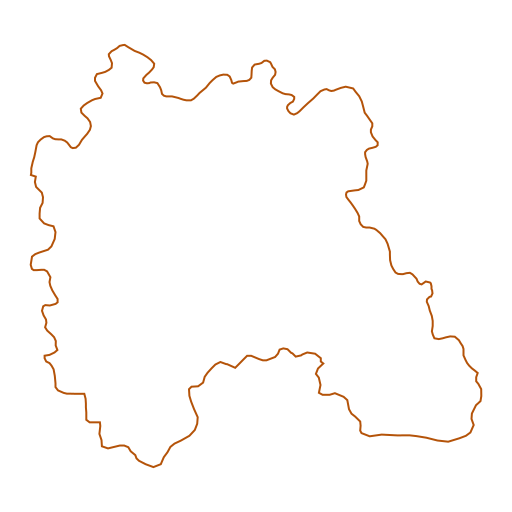 Salihorsk, Minsk, Belarus (Albers equal-area conic projection)
{"feature_id": "67162791B12460087089540", "entity_name": "Salihorsk", "entity_type": "district", "adm_level": 2, "iso_a3": "BLR", "parent_name": "Belarus", "parent_adm1": "Minsk", "projection": "albers", "projection_center": [27.47, 52.67], "detail": "fine", "context": "isolated", "style": "outline", "palette": "amber", "viewbox_px": 512, "rotation_deg": 0, "n_neighbors": 0, "source": "geoboundaries", "source_scale": "gbopen_adm2", "svg_char_len": 5279}
<svg xmlns="http://www.w3.org/2000/svg" viewBox="0 0 512 512"><path d="M477.7,373.0L474.7,370.5L471.8,368.3L469.1,365.6L467.1,363.0L465.6,360.1L463.5,355.4L463.5,351.7L463.5,349.0L462.6,346.1L460.6,343.1L458.9,340.2L454.8,336.7L450.2,336.4L445.7,337.4L442.7,338.3L438.8,339.1L434.4,338.3L432.8,334.6L431.9,331.3L432.7,326.0L432.7,320.9L431.8,315.9L429.8,310.6L428.7,306.1L426.8,301.8L427.0,299.4L429.5,296.9L431.1,296.5L432.5,293.4L432.1,290.3L431.5,288.9L431.5,286.2L430.8,283.3L430.0,282.5L425.7,281.5L423.9,282.8L421.6,284.4L419.6,283.8L417.7,281.6L416.5,278.7L415.0,277.1L412.5,274.4L409.9,272.8L406.4,273.2L403.1,274.1L400.8,274.1L398.0,273.9L395.5,272.5L393.2,269.0L391.4,265.5L390.1,260.2L389.9,254.7L389.9,251.6L387.6,243.8L385.5,239.3L382.6,236.0L380.2,233.2L376.3,229.9L374.4,228.7L369.5,227.5L366.0,227.5L363.2,226.9L360.7,224.3L359.2,221.0L359.2,216.5L357.6,213.0L355.1,208.9L353.0,205.8L350.7,202.6L348.4,199.7L346.4,197.0L346.0,194.5L346.5,192.5L348.2,191.3L354.6,190.4L358.4,190.0L363.8,187.4L364.8,184.9L366.3,180.7L366.3,175.6L366.3,170.5L367.7,163.8L367.2,161.4L365.6,157.0L365.1,154.1L365.1,152.2L366.9,149.9L369.0,148.6L372.5,147.8L375.8,146.8L377.6,145.3L377.7,142.3L375.6,140.2L372.6,136.5L370.9,132.3L370.9,129.6L372.3,126.3L372.3,123.3L369.7,119.6L367.0,115.7L364.7,112.7L363.1,106.4L361.8,101.5L359.2,96.2L355.5,91.7L353.2,88.5L352.1,88.2L345.7,86.7L340.8,87.9L335.7,89.8L333.9,90.6L331.3,91.0L329.2,90.4L326.6,89.1L324.4,89.5L320.5,91.2L317.2,94.5L313.3,98.5L308.0,103.1L303.5,107.3L299.5,111.3L297.1,113.2L293.9,114.6L290.5,113.3L288.5,111.2L287.1,108.5L287.1,106.9L287.9,105.2L290.3,103.0L292.9,101.6L294.2,98.9L294.2,96.9L291.6,95.0L289.0,94.4L285.4,94.1L282.7,93.3L278.4,91.1L275.2,89.3L272.7,87.2L270.9,83.6L271.1,80.3L272.7,77.7L275.1,74.8L275.6,72.0L274.9,69.3L272.5,66.9L271.1,63.8L270.2,62.2L266.8,60.6L264.3,60.8L261.5,63.0L259.0,63.8L256.6,64.2L254.6,64.6L252.1,67.5L251.7,70.8L251.5,75.0L251.3,77.7L249.3,79.9L246.8,80.9L243.2,81.1L238.3,81.6L236.4,82.4L233.2,83.6L232.0,82.8L231.3,80.1L229.7,76.5L227.3,74.8L223.4,74.6L219.9,75.4L216.3,76.9L212.6,80.1L209.7,83.0L205.9,87.7L199.5,93.0L197.3,95.4L193.8,98.7L191.0,100.3L186.3,100.3L183.4,99.7L180.6,98.8L178.5,98.0L174.5,97.0L172.0,96.4L169.0,96.4L166.3,96.4L163.9,95.7L162.0,93.9L161.2,90.2L160.0,87.2L157.4,83.1L154.1,82.3L150.6,82.5L149.2,83.1L147.0,83.3L144.5,82.7L143.1,80.6L143.3,78.4L146.4,74.9L149.2,72.5L152.1,69.4L153.7,67.2L154.2,63.7L151.1,60.1L147.4,57.2L143.0,54.5L139.3,52.7L134.6,50.9L131.4,49.0L128.3,47.2L124.7,44.9L122.9,45.1L119.6,45.9L117.1,48.1L114.3,49.8L111.6,51.2L108.8,54.2L108.8,54.3L109.0,56.3L110.8,60.1L112.0,63.2L111.6,67.7L108.9,69.9L105.2,71.9L101.8,72.9L96.9,74.1L95.0,77.8L95.0,80.9L98.1,86.2L101.1,90.3L102.5,93.5L100.7,97.8L95.1,99.0L92.1,100.2L87.2,103.0L83.7,105.5L80.8,108.7L81.4,112.6L84.7,115.9L87.5,118.3L90.1,122.0L90.9,126.1L89.9,129.8L87.2,133.8L84.8,136.5L81.9,139.9L79.0,144.8L75.9,147.7L72.7,148.1L70.8,147.2L69.0,144.8L67.2,142.5L64.8,140.7L61.3,139.4L58.6,139.4L55.2,139.2L52.9,138.4L49.7,136.1L46.6,136.3L44.0,137.1L40.7,139.5L38.0,142.2L37.9,142.4L36.6,145.2L35.3,152.2L34.2,157.3L32.8,161.7L31.3,168.3L31.3,172.8L30.9,175.0L35.8,176.6L34.9,182.0L36.1,186.9L37.7,188.5L41.8,192.6L43.0,197.2L42.6,202.9L40.1,207.8L39.6,213.5L39.6,218.5L44.1,223.4L48.6,225.1L53.5,226.3L55.5,232.1L54.7,239.0L51.4,246.4L48.0,249.7L39.4,252.5L35.3,254.1L32.0,256.6L32.0,256.8L30.7,264.8L31.9,268.9L33.6,270.1L37.3,270.1L41.4,269.8L44.2,269.8L47.1,271.4L50.4,277.2L49.5,282.1L50.3,285.8L52.3,290.4L55.2,295.3L57.6,299.0L57.6,302.3L55.6,303.9L49.8,305.5L45.3,305.1L43.2,306.3L42.0,310.8L43.6,315.4L46.0,319.5L46.4,322.8L45.1,327.3L47.2,330.6L51.3,334.3L54.1,337.2L55.8,341.0L55.7,345.5L57.4,350.0L54.5,352.5L49.5,354.9L44.6,355.7L44.6,358.2L46.2,361.5L49.5,363.1L51.5,365.6L53.6,369.3L54.8,375.9L55.5,383.4L55.5,387.1L58.0,390.4L63.7,392.9L67.0,393.7L71.1,393.7L75.3,393.8L82.3,393.8L84.3,393.8L85.6,398.8L85.9,403.7L85.9,407.4L86.3,412.4L86.3,415.3L86.3,419.8L89.6,422.3L95.3,422.3L99.9,422.3L100.3,426.0L99.4,433.9L101.5,440.1L101.9,446.3L108.0,448.4L120.0,445.5L124.1,445.5L128.3,447.2L130.7,451.3L135.3,455.1L136.5,458.4L139.0,460.8L145.6,464.2L152.9,466.9L153.4,467.1L160.8,464.2L163.8,457.2L167.5,452.2L170.4,446.9L174.5,443.6L180.7,440.7L189.4,435.8L194.8,430.0L197.2,423.8L197.7,417.2L194.0,409.0L191.1,401.5L189.4,395.8L189.0,389.2L191.5,386.7L198.1,386.3L203.1,382.6L204.7,376.8L207.6,372.7L211.7,368.2L215.4,364.5L220.4,362.0L226.1,364.1L227.0,364.1L235.2,367.8L238.1,364.9L243.4,359.5L247.1,355.8L251.2,355.8L259.1,359.1L262.8,360.3L266.5,360.3L275.1,357.0L278.0,353.7L279.6,349.6L283.3,348.4L287.5,349.2L291.2,352.9L292.4,353.3L295.7,356.6L301.1,355.4L302.3,354.5L307.2,352.5L315.1,353.7L320.8,358.2L320.8,361.5L323.3,363.5L318.0,368.5L315.9,373.9L318.8,377.6L320.5,385.0L318.9,392.8L322.6,394.8L329.6,394.8L334.9,393.2L343.6,396.8L347.3,400.1L349.0,409.2L351.5,413.7L355.2,416.6L360.2,421.5L360.6,425.7L360.2,430.6L361.5,433.1L369.7,436.3L381.7,434.6L397.4,435.4L409.3,435.3L416.4,436.1L426.3,437.7L437.4,440.5L448.2,441.7L459.3,438.3L465.9,435.8L470.4,432.5L473.7,425.0L471.5,418.9L471.9,413.5L476.0,405.2L480.5,401.1L481.3,396.1L481.2,389.1L478.3,383.8L476.2,381.3L476.2,377.2L477.7,373.0Z" fill="none" stroke="#b45309" stroke-width="2"/></svg>